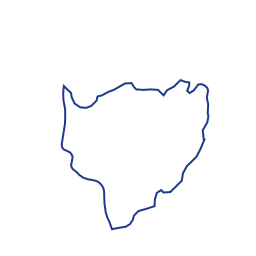 Unsan, P'yŏngan-bukto, North Korea, rotated 224°
{"feature_id": "82179303B31233151456599", "entity_name": "Unsan", "entity_type": "district", "adm_level": 2, "iso_a3": "PRK", "parent_name": "North Korea", "parent_adm1": "P'yŏngan-bukto", "projection": "mercator", "projection_center": [125.845, 40.087], "detail": "fine", "context": "isolated", "style": "outline", "palette": "blue", "viewbox_px": 256, "rotation_deg": 224, "n_neighbors": 0, "source": "geoboundaries", "source_scale": "gbopen_adm2", "svg_char_len": 1245}
<svg xmlns="http://www.w3.org/2000/svg" viewBox="0 0 256 256"><g transform="rotate(224 128 128)"><path d="M159.6,67.9L152.7,70.2L149.8,69.7L147.7,68.7L142.9,61.5L140.9,60.4L138.1,60.1L135.4,60.6L130.5,60.4L125.6,61.2L120.7,63.5L118.5,65.3L113.9,67.9L111.7,68.6L108.6,68.7L106.0,68.3L103.5,67.4L101.1,65.7L92.4,57.3L85.5,51.9L80.8,49.3L76.3,47.6L69.2,44.1L65.6,49.3L61.0,55.5L59.8,60.4L60.8,65.4L62.9,69.2L62.8,75.4L59.3,81.5L54.6,90.2L59.0,95.2L62.2,101.4L61.0,106.4L57.6,106.3L53.1,111.3L52.9,118.7L52.7,127.4L57.0,133.6L58.3,138.3L59.1,141.1L58.8,154.7L60.9,162.1L64.8,172.4L65.1,172.0L72.7,178.3L74.8,187.0L78.0,191.9L81.3,194.4L86.7,200.7L92.2,204.4L96.5,210.6L98.7,211.9L102.1,211.9L105.4,210.7L107.7,208.2L106.8,200.8L108.0,195.9L111.3,195.9L113.4,200.9L115.6,203.3L119.0,200.9L123.5,198.9L123.7,189.8L126.1,182.4L125.1,176.2L132.9,176.3L138.6,171.4L143.1,166.4L148.8,161.5L152.1,161.6L156.6,162.8L161.1,157.9L164.7,145.6L167.1,140.6L169.5,133.2L171.7,129.7L171.8,129.5L169.6,125.8L169.7,122.1L169.8,118.3L172.1,113.4L176.7,109.7L183.4,108.5L190.0,111.1L193.3,113.6L200.0,113.6L203.3,113.6L198.9,108.1L193.7,103.1L186.6,98.1L179.9,91.4L176.1,87.0L164.5,70.4L162.2,68.4L159.6,67.9Z" fill="none" stroke="#1e3a8a" stroke-width="2"/></g></svg>